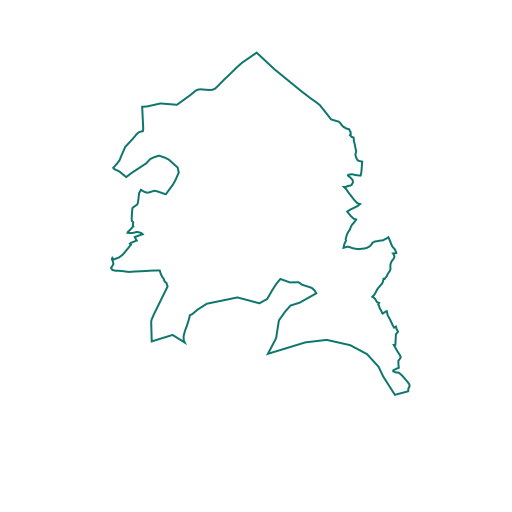 Mbatoli, Imo, Nigeria, rotated 66°
{"feature_id": "59680162B59739898555342", "entity_name": "Mbatoli", "entity_type": "district", "adm_level": 2, "iso_a3": "NGA", "parent_name": "Nigeria", "parent_adm1": "Imo", "projection": "natural_earth1", "projection_center": [7.055, 5.587], "detail": "fine", "context": "isolated", "style": "outline", "palette": "teal", "viewbox_px": 512, "rotation_deg": 66, "n_neighbors": 0, "source": "geoboundaries", "source_scale": "gbopen_adm2", "svg_char_len": 4603}
<svg xmlns="http://www.w3.org/2000/svg" viewBox="0 0 512 512"><g transform="rotate(66 256 256)"><path d="M162.0,349.4L165.3,351.3L171.3,354.4L173.4,355.1L174.4,354.8L175.3,354.5L178.1,356.1L179.0,356.0L179.2,356.6L180.7,359.9L181.9,363.3L182.6,363.9L184.4,360.5L185.0,358.4L185.5,355.2L186.0,354.2L188.4,351.4L190.0,350.7L189.3,359.0L192.0,358.9L193.4,358.7L193.1,364.7L193.5,366.2L194.7,365.6L196.3,368.5L200.6,377.3L201.6,381.7L201.3,387.6L199.3,388.0L199.9,388.8L201.1,388.9L203.5,389.1L205.3,389.5L206.9,391.6L207.9,393.3L210.5,392.8L212.6,389.9L213.1,388.4L215.9,383.4L218.3,379.6L219.1,378.0L220.8,373.2L224.3,364.3L226.7,357.8L229.5,351.0L230.2,349.8L231.8,350.1L234.5,350.3L237.1,350.1L239.1,349.6L241.5,349.8L242.7,349.6L244.0,348.8L247.9,349.2L266.9,372.0L271.3,376.9L273.2,378.4L291.6,386.0L294.2,364.3L306.1,356.3L303.5,356.3L299.7,354.7L295.6,351.4L291.9,347.8L288.7,344.9L286.0,342.6L283.2,340.5L283.2,338.0L281.2,331.0L279.6,320.3L286.3,289.8L300.6,272.1L299.8,263.2L293.7,254.9L289.8,248.9L286.9,243.1L293.9,235.8L297.3,227.8L301.1,225.5L306.3,219.6L308.2,217.8L311.5,216.5L314.6,216.1L316.4,235.1L315.3,244.6L318.7,252.1L324.2,261.3L339.3,271.1L350.2,284.9L355.0,246.0L361.4,225.5L375.8,206.2L390.8,194.5L407.0,189.1L417.8,188.8L439.3,185.6L441.5,172.0L439.2,170.8L437.3,168.6L435.6,168.1L433.4,168.6L432.2,168.9L429.5,169.7L425.9,170.7L423.4,171.7L420.6,173.1L419.8,174.6L419.0,175.9L417.2,177.5L416.3,177.1L416.1,174.0L416.1,172.9L416.2,171.0L412.7,169.9L409.6,168.5L408.4,166.4L407.3,164.9L405.0,164.9L400.5,165.6L397.2,165.9L394.3,166.2L393.3,166.3L393.8,164.8L386.6,161.1L384.5,160.1L382.9,157.0L379.9,157.3L377.4,156.9L377.6,159.0L374.5,159.3L371.9,159.3L368.6,159.4L366.1,159.6L364.2,159.8L363.1,159.7L360.5,159.1L359.5,159.0L359.6,160.3L359.8,162.1L360.2,163.7L359.8,163.9L358.6,163.9L356.6,163.9L354.6,164.2L352.3,164.0L350.0,164.0L349.6,163.4L349.0,162.6L348.5,163.0L347.4,164.2L346.5,164.3L345.2,164.5L343.6,164.6L342.4,165.2L341.6,165.5L341.0,166.0L340.6,166.3L339.8,164.3L338.9,162.8L337.5,160.9L336.2,159.4L334.8,157.1L333.6,154.6L332.7,152.4L332.2,151.7L331.6,151.0L330.0,149.7L328.7,148.7L329.3,147.9L328.7,146.9L328.2,145.9L327.4,144.4L326.3,143.4L325.6,142.3L324.1,139.9L323.0,138.7L321.3,137.9L319.9,137.4L319.2,137.1L317.8,136.1L316.7,135.0L315.7,133.8L315.2,132.7L314.4,131.3L313.6,130.4L312.9,129.8L312.2,129.6L310.3,129.6L309.4,129.8L309.5,129.5L310.4,127.1L310.4,126.6L306.6,126.4L302.8,127.6L299.9,127.6L296.0,127.4L292.7,127.4L293.1,129.8L293.1,131.9L293.4,133.4L292.4,136.4L291.9,138.7L291.1,141.7L291.3,144.3L292.5,145.9L293.4,148.2L293.7,151.3L293.2,154.1L292.5,156.1L291.5,159.4L290.4,161.3L288.4,164.3L286.3,166.5L284.6,168.7L284.5,170.0L284.1,172.7L281.2,170.6L278.5,167.5L277.0,167.2L273.3,164.1L271.5,161.9L270.0,159.4L267.7,157.3L266.5,155.5L265.0,152.3L264.3,150.9L263.4,149.7L261.7,151.5L258.2,153.1L252.5,154.6L252.2,152.5L252.0,151.0L251.9,149.2L251.8,145.4L251.7,143.4L251.6,142.4L251.2,141.1L250.9,139.8L248.9,142.0L244.2,143.6L235.7,145.7L231.6,146.4L228.7,147.6L229.2,146.4L229.6,145.0L229.3,144.1L229.6,142.8L230.0,141.5L230.0,139.9L228.3,137.6L226.4,136.9L225.2,137.0L224.2,137.4L222.8,137.8L221.4,138.6L219.8,139.3L219.5,139.0L219.6,137.4L220.5,134.8L222.3,132.5L224.2,129.4L225.1,127.7L222.2,125.6L218.5,123.6L214.2,121.3L213.0,120.6L211.8,122.3L210.0,124.2L209.2,124.3L207.2,124.5L205.6,124.3L203.8,124.0L201.5,122.1L200.8,121.9L193.8,120.3L190.9,119.9L189.0,119.1L187.4,118.7L186.9,119.2L186.2,120.2L184.7,120.6L183.7,121.0L183.3,119.9L182.1,119.6L181.5,119.2L179.5,119.4L178.2,119.3L177.8,119.7L176.9,120.8L176.0,122.0L175.6,122.3L174.5,122.6L174.1,123.4L172.8,123.9L171.5,124.4L170.7,124.7L169.4,124.7L167.0,125.7L163.9,129.4L161.6,131.9L159.8,132.3L151.9,134.3L144.2,136.3L140.3,138.3L134.1,142.0L124.2,147.4L92.7,163.3L70.5,172.7L73.8,190.3L76.0,197.2L79.8,207.3L81.7,212.9L85.5,222.5L86.5,225.5L86.4,228.5L84.8,232.2L81.2,238.8L80.5,240.9L80.4,243.7L82.4,251.1L85.7,266.7L77.8,281.2L75.1,294.6L73.4,299.3L94.0,307.3L96.0,308.7L95.6,309.9L95.3,312.1L95.6,313.9L96.3,315.9L97.3,317.7L99.1,321.5L100.2,324.1L103.1,331.0L108.9,337.4L113.2,341.9L115.1,345.4L117.4,350.6L119.1,350.0L122.0,347.4L123.9,346.1L127.7,344.2L131.1,342.5L129.5,335.7L128.0,326.4L126.7,318.6L124.4,313.2L124.3,308.7L124.9,303.8L129.2,299.1L132.6,296.4L143.3,291.6L148.3,292.6L153.8,298.6L156.9,302.7L162.9,313.2L161.7,314.7L159.3,317.2L156.2,320.6L155.0,322.5L154.6,326.4L154.2,329.0L152.8,331.1L150.7,332.9L148.7,334.2L151.1,337.3L156.6,340.5L159.7,342.5L160.7,343.8L161.1,345.7L161.6,348.4L162.0,349.4Z" fill="none" stroke="#0f766e" stroke-width="2"/></g></svg>